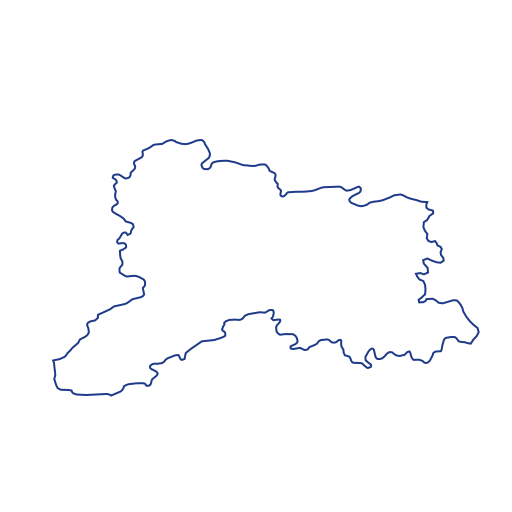 outline of Vileyka, Minsk, Belarus, rotated 174°
{"feature_id": "67162791B71807573158689", "entity_name": "Vileyka", "entity_type": "district", "adm_level": 2, "iso_a3": "BLR", "parent_name": "Belarus", "parent_adm1": "Minsk", "projection": "natural_earth1", "projection_center": [27.139, 54.501], "detail": "fine", "context": "isolated", "style": "outline", "palette": "blue", "viewbox_px": 512, "rotation_deg": 174, "n_neighbors": 0, "source": "geoboundaries", "source_scale": "gbopen_adm2", "svg_char_len": 6061}
<svg xmlns="http://www.w3.org/2000/svg" viewBox="0 0 512 512"><g transform="rotate(174 256 256)"><path d="M80.0,291.7L85.9,292.7L90.5,294.8L96.4,296.9L100.3,298.8L102.8,300.7L105.9,302.1L112.3,301.9L117.2,300.1L124.3,298.2L129.0,297.7L133.1,297.7L137.1,297.2L140.9,295.2L144.9,294.5L147.1,294.7L150.0,295.8L155.8,299.0L157.1,300.6L157.4,302.2L156.5,303.6L153.7,305.5L146.9,308.0L145.4,309.2L144.9,310.7L144.8,312.6L146.2,314.2L148.1,313.9L153.3,312.2L155.8,311.6L159.1,311.5L160.7,312.5L164.1,315.6L166.0,316.3L181.1,317.3L183.8,317.1L191.5,315.1L194.2,314.8L201.1,314.9L209.8,315.7L217.4,316.0L218.8,315.3L219.5,314.3L221.5,312.8L223.0,312.4L224.2,312.6L225.2,313.7L225.3,314.8L224.5,317.5L224.4,318.7L225.8,320.5L226.5,320.9L227.4,322.7L226.8,325.5L228.4,327.3L229.4,329.8L229.3,330.9L228.1,333.8L228.1,334.7L228.4,335.7L229.1,336.7L232.6,338.6L233.7,339.6L234.2,341.8L235.9,344.6L236.9,345.7L238.3,346.3L242.9,346.5L247.3,345.7L251.6,346.1L254.7,346.9L259.0,347.6L266.9,351.3L273.7,353.5L275.9,353.9L280.6,354.2L284.8,354.2L288.7,353.6L290.3,352.6L292.0,349.0L293.4,347.9L294.9,347.4L298.5,347.9L299.5,348.7L300.3,350.2L300.8,352.2L299.9,353.9L292.8,358.4L291.5,360.4L291.1,363.0L292.6,367.7L295.0,372.4L295.4,374.2L296.4,375.9L297.7,376.9L299.3,377.2L303.1,377.0L308.9,375.3L311.9,374.7L314.5,374.6L318.7,375.5L323.6,377.7L324.5,378.7L325.8,379.4L328.0,380.2L330.8,379.9L333.7,379.2L337.5,377.3L345.0,377.4L346.7,377.0L349.8,375.2L352.7,374.0L357.4,372.6L358.1,371.4L357.9,369.6L358.1,367.7L359.2,366.2L366.7,363.1L367.5,361.8L367.7,360.2L366.8,358.3L367.0,356.4L367.9,355.0L371.9,351.9L372.4,349.4L373.3,347.8L374.9,347.0L377.0,346.7L378.2,346.9L382.6,350.5L384.3,351.5L386.7,351.6L388.5,351.5L389.8,350.5L390.3,348.8L387.5,346.5L386.8,345.1L386.8,343.4L388.6,342.2L390.0,340.8L389.6,338.0L388.6,335.2L389.7,331.5L389.9,329.7L389.7,328.1L389.1,326.3L388.2,325.4L387.8,324.1L388.2,322.6L389.9,321.5L391.4,321.1L393.3,319.8L394.0,318.7L394.4,316.4L393.7,314.9L390.5,312.3L387.2,310.1L383.5,306.8L382.0,304.0L377.2,302.1L375.2,300.7L374.7,298.7L374.9,297.1L376.3,296.0L377.6,293.9L378.0,292.3L378.8,291.2L381.5,290.4L382.4,292.1L383.5,293.1L385.2,293.0L386.7,292.3L390.2,287.6L392.0,286.5L392.7,284.8L392.3,283.5L391.3,282.7L387.1,282.8L385.1,282.1L384.1,280.6L384.3,278.1L387.4,276.4L390.8,275.4L391.0,271.7L390.9,268.1L389.4,264.5L389.8,261.3L392.4,258.8L393.1,257.7L393.3,255.7L393.2,253.7L388.5,250.1L386.6,249.1L379.9,249.1L377.5,248.7L374.5,247.4L370.2,244.4L369.2,242.6L369.1,240.8L369.7,238.0L371.9,236.0L371.3,229.4L372.7,227.9L374.7,227.1L383.5,225.9L389.2,222.6L391.6,221.9L402.6,220.7L406.6,218.3L419.3,214.0L419.6,212.5L419.6,211.1L422.7,208.8L427.9,208.2L430.3,207.0L431.2,205.3L430.9,203.6L430.3,201.8L430.2,197.6L431.3,195.8L432.3,194.8L434.4,193.5L439.8,191.4L442.1,188.0L448.1,183.9L451.1,181.0L453.4,179.3L455.1,177.2L456.9,175.7L462.0,174.0L468.7,173.3L468.1,171.0L468.0,158.8L469.5,154.6L468.2,148.5L467.1,145.4L464.2,143.4L456.4,142.3L453.5,141.5L453.3,140.3L452.2,138.6L448.9,137.0L439.4,135.5L418.6,134.4L414.7,132.8L414.5,132.4L405.1,135.3L403.3,136.4L401.6,138.4L401.0,140.2L398.7,141.2L396.2,141.8L388.7,141.9L382.3,141.4L379.9,140.7L379.2,139.8L378.9,138.8L377.5,138.2L375.4,138.4L374.0,139.8L372.4,144.0L367.2,147.5L366.4,148.5L366.1,149.7L367.2,151.5L372.3,154.8L373.0,155.9L373.0,157.1L372.5,158.0L371.1,158.9L369.8,159.4L367.2,159.5L365.8,159.1L360.7,159.3L358.5,160.4L356.8,162.2L354.9,163.4L346.8,165.7L343.5,165.6L342.9,164.6L342.1,161.8L341.0,160.5L339.5,160.6L337.8,161.1L336.1,166.6L334.9,167.6L330.5,170.4L318.8,176.8L306.4,176.8L299.4,178.2L296.5,179.1L294.9,180.0L294.7,181.0L294.8,183.0L295.4,184.1L296.8,185.1L297.5,186.5L295.8,189.6L294.6,191.2L294.6,192.8L292.9,194.2L289.3,195.2L283.2,194.9L279.7,194.2L277.9,194.3L275.9,195.1L273.5,197.6L269.9,198.9L258.4,199.7L252.9,198.7L248.3,200.8L245.2,200.5L244.6,200.0L244.3,198.6L244.4,197.1L245.3,194.4L246.1,193.2L247.1,192.2L246.2,191.1L245.3,190.3L240.4,190.5L238.7,190.1L238.6,189.0L239.7,187.3L242.5,184.8L243.4,183.1L243.5,179.3L242.8,177.4L240.4,175.2L235.2,175.3L227.5,174.4L225.2,172.6L224.0,170.2L223.6,167.8L223.7,166.3L224.7,165.1L226.2,164.2L230.9,162.6L231.3,161.4L231.1,160.4L229.0,159.6L221.7,160.0L217.5,157.4L215.5,157.5L214.1,157.9L212.6,159.7L206.6,161.5L204.5,162.5L202.4,164.8L200.3,165.6L194.0,165.6L192.1,164.8L190.1,162.5L188.5,161.8L186.9,161.7L185.6,161.8L182.4,163.7L180.6,163.7L180.1,162.8L180.6,158.9L180.4,157.0L178.9,153.6L178.9,150.7L178.0,148.0L173.6,146.1L172.6,143.7L172.3,141.9L171.5,140.5L170.6,139.7L162.7,138.5L161.5,137.9L159.6,135.6L157.3,133.3L156.4,132.9L153.4,133.7L152.9,135.3L153.5,136.6L155.4,138.1L157.9,141.0L157.8,144.0L154.2,149.2L152.9,150.5L150.7,151.9L149.2,151.4L148.6,150.4L147.7,143.5L147.4,142.6L146.5,141.3L145.7,140.8L143.3,140.6L140.9,141.2L138.3,143.0L136.3,145.0L133.7,146.4L132.4,146.4L130.6,145.9L128.8,144.0L127.0,142.6L124.1,141.6L122.8,141.6L118.4,142.3L115.8,144.5L113.6,145.1L112.8,144.3L112.1,139.8L111.4,137.8L110.3,136.3L104.6,135.8L102.0,134.6L101.0,133.9L99.8,132.4L98.0,131.8L96.1,132.2L94.1,133.7L90.5,139.1L90.0,140.7L89.0,141.5L87.4,142.2L82.0,142.0L81.2,143.5L79.8,148.2L78.9,150.2L78.2,152.3L77.4,153.6L75.9,154.7L71.5,155.0L68.4,154.9L66.4,154.4L65.1,153.0L63.3,149.9L60.2,148.9L57.9,148.6L54.0,147.0L51.6,146.4L48.5,150.2L44.8,153.4L42.5,157.0L43.2,161.2L47.1,165.1L49.7,168.2L53.0,173.3L55.6,179.0L56.2,182.6L57.5,186.0L59.5,189.2L61.1,190.9L64.4,191.4L75.2,189.4L79.2,190.4L81.8,193.1L84.7,195.0L91.0,195.3L92.0,193.6L94.3,192.6L98.5,192.8L98.8,195.5L96.2,197.0L91.9,200.2L91.3,202.8L90.9,205.8L90.9,209.7L92.2,213.6L95.8,215.5L97.8,218.7L98.8,221.6L94.5,221.9L90.9,220.2L86.6,221.6L86.6,226.3L89.9,230.9L90.2,234.4L85.9,235.6L81.7,233.1L77.1,230.9L73.2,230.0L69.9,231.7L69.9,234.4L71.8,237.5L72.1,240.2L70.5,243.6L71.5,245.8L74.4,247.6L75.1,250.0L76.4,252.2L80.0,251.5L82.9,252.9L84.3,255.6L83.3,260.0L85.5,263.7L86.5,267.4L85.5,272.1L81.9,274.0L79.3,277.7L75.3,279.9L75.3,282.6L79.6,284.3L81.5,286.3L81.2,289.5L80.0,291.7Z" fill="none" stroke="#1e3a8a" stroke-width="2"/></g></svg>